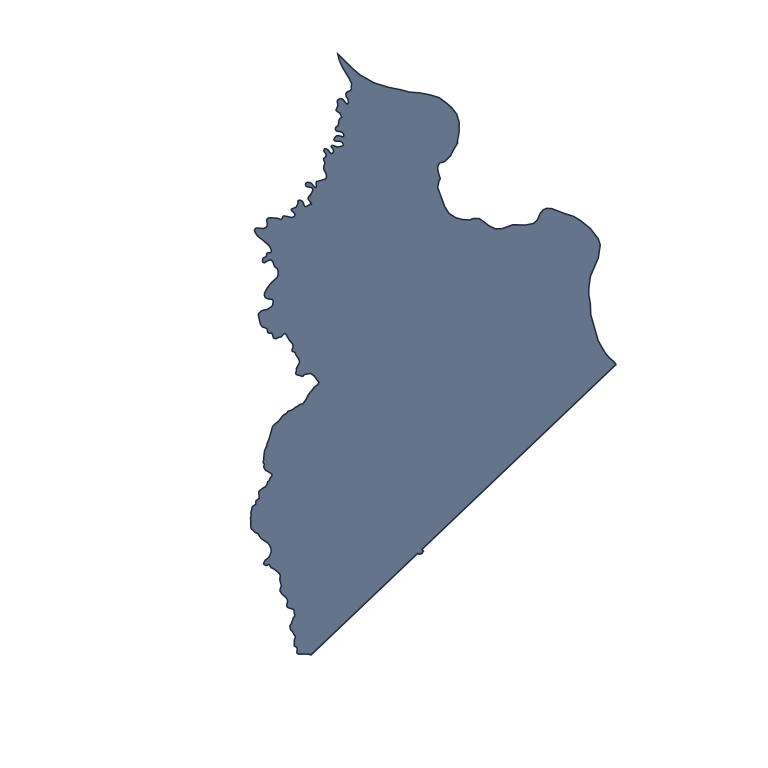 the district of Puerto Triunfo, Antioquia, Colombia, rotated 298°
{"feature_id": "7082276B75593797021396", "entity_name": "Puerto Triunfo", "entity_type": "district", "adm_level": 2, "iso_a3": "COL", "parent_name": "Colombia", "parent_adm1": "Antioquia", "projection": "albers", "projection_center": [-74.698, 5.958], "detail": "fine", "context": "isolated", "style": "filled", "palette": "slate", "viewbox_px": 768, "rotation_deg": 298, "n_neighbors": 0, "source": "geoboundaries", "source_scale": "gbopen_adm2", "svg_char_len": 6171}
<svg xmlns="http://www.w3.org/2000/svg" viewBox="0 0 768 768"><g transform="rotate(298 384 384)"><path d="M510.1,579.7L511.1,577.8L512.2,574.3L512.8,571.1L514.9,565.5L518.9,558.8L523.0,552.6L542.3,534.0L551.8,528.5L559.0,522.9L565.1,519.7L573.5,516.6L576.2,515.7L596.1,514.0L608.4,509.6L612.8,505.0L618.2,493.1L620.6,480.5L621.0,472.7L619.2,462.9L617.6,449.7L615.5,445.2L612.5,442.8L608.4,441.8L600.6,442.4L595.9,440.6L590.8,434.3L585.2,423.1L576.6,415.3L573.3,409.4L573.0,402.1L574.1,396.4L574.8,390.4L572.0,385.0L568.9,382.5L566.1,376.1L564.5,369.2L565.2,361.2L569.0,354.5L582.8,339.1L588.9,337.3L591.6,337.4L596.4,332.6L599.1,330.5L601.1,329.5L603.1,329.2L605.3,329.5L605.8,329.7L607.2,331.6L608.9,333.1L617.0,335.8L619.1,335.4L624.5,335.5L631.5,335.9L631.5,335.3L641.8,332.0L650.4,327.5L656.4,321.5L659.8,314.1L661.5,306.5L662.7,298.1L660.9,288.9L657.8,278.9L653.6,269.2L651.8,261.1L648.0,248.4L645.2,233.7L645.7,217.2L647.6,208.9L653.7,188.3L650.3,191.1L647.4,194.2L643.5,199.5L637.2,210.2L635.4,212.4L634.9,213.6L633.9,214.4L630.5,215.8L629.5,216.6L628.5,216.7L626.9,216.4L625.0,214.6L624.2,214.3L622.7,214.0L621.9,214.3L620.0,215.6L618.7,218.2L617.9,218.9L615.9,220.4L614.6,220.6L614.1,220.3L614.0,219.5L614.2,218.4L615.9,214.7L616.1,213.6L615.9,212.0L615.4,211.4L613.4,209.9L612.0,209.8L611.2,210.2L610.0,211.3L607.9,212.6L603.7,212.9L603.1,213.2L602.6,214.7L602.4,217.8L599.9,221.2L599.5,221.4L598.1,220.6L595.9,220.3L591.3,222.1L590.6,222.1L587.9,220.9L586.6,221.1L586.0,221.6L585.3,222.5L585.1,223.8L585.4,224.9L586.4,226.8L586.5,229.0L585.8,230.9L584.6,231.9L583.6,232.0L582.8,231.4L582.1,227.5L581.1,225.9L580.0,225.2L579.0,225.0L577.0,224.9L576.1,225.2L575.6,225.9L575.8,227.8L577.6,231.0L577.8,233.1L577.7,233.7L577.0,234.9L575.9,235.8L575.4,235.9L574.6,235.5L573.9,234.8L571.3,231.5L570.8,227.1L570.6,226.5L569.9,225.9L569.0,225.7L568.7,226.0L567.3,228.9L566.6,229.7L565.1,230.3L563.9,230.3L563.1,229.9L562.8,229.0L563.1,227.7L564.4,224.4L564.6,223.1L564.0,221.2L563.1,221.0L561.7,221.4L561.2,221.8L560.3,224.1L558.9,225.5L557.6,225.8L554.8,224.9L553.9,225.1L551.9,227.6L550.7,228.2L547.5,228.8L546.3,229.3L545.2,230.2L542.1,234.5L540.0,235.9L538.1,236.2L537.5,236.0L533.4,232.0L531.3,229.5L530.1,229.4L526.5,231.6L525.9,231.8L525.4,231.6L525.4,229.7L527.0,226.2L527.1,224.9L526.7,222.7L526.1,221.7L525.6,221.1L524.4,220.7L522.8,221.3L522.0,222.4L522.1,223.7L523.2,227.3L523.2,228.7L522.8,229.4L521.4,230.2L518.4,230.4L515.2,230.2L515.3,229.8L513.5,229.6L512.5,229.7L511.6,230.3L510.0,233.7L508.7,234.5L509.4,234.9L508.8,235.5L506.3,233.3L504.2,232.1L503.6,230.9L504.1,229.7L506.3,227.5L507.1,225.9L507.1,224.3L506.7,223.3L506.1,222.4L505.4,222.1L504.6,222.3L503.3,223.1L502.3,223.4L499.3,223.4L498.5,223.1L495.3,220.4L494.3,220.2L493.6,221.2L492.8,224.5L492.2,225.7L490.9,226.2L490.0,226.0L488.8,225.5L487.6,224.2L486.5,219.9L485.3,216.5L484.6,216.1L482.3,216.4L480.8,216.0L480.4,212.4L480.1,211.5L477.4,205.4L476.4,204.0L475.1,203.4L473.7,203.4L470.7,205.7L469.0,206.5L468.1,206.5L466.8,206.1L465.0,204.9L464.3,203.9L462.9,200.1L461.8,198.0L460.5,197.3L458.8,197.5L458.0,198.2L457.3,199.1L455.4,202.5L454.5,206.8L454.2,209.4L453.5,211.8L452.8,215.4L451.9,218.1L450.6,220.1L448.9,221.9L448.0,222.3L447.1,222.2L446.4,221.9L445.6,220.1L444.9,219.4L443.6,219.3L442.4,220.0L441.1,220.1L438.5,218.2L437.1,218.2L436.4,218.5L435.4,219.0L434.6,219.9L434.8,221.3L435.4,222.0L437.3,222.9L439.4,224.4L440.1,225.1L440.5,226.3L440.4,227.0L439.7,228.4L436.7,231.8L436.0,233.3L435.8,235.6L434.7,237.0L433.7,237.7L430.2,239.4L427.9,239.6L421.8,237.4L417.7,236.4L413.4,235.8L408.2,235.8L406.1,236.7L405.0,238.0L404.7,238.7L404.5,239.4L404.6,241.4L406.1,245.5L405.7,246.9L404.5,247.5L401.6,248.5L400.2,248.5L399.4,248.2L396.2,246.6L394.9,245.7L392.4,242.7L390.8,241.3L387.5,240.3L385.9,240.6L378.8,246.8L377.4,249.4L377.3,250.2L377.9,253.4L377.7,254.8L376.8,255.7L375.3,256.6L374.8,257.6L374.8,258.8L376.0,260.4L376.1,261.2L374.6,263.0L373.3,264.1L372.9,264.7L372.7,265.7L372.8,266.4L373.6,267.7L375.8,269.2L377.4,271.2L380.9,271.9L382.0,272.9L382.1,273.7L378.4,279.5L376.3,284.7L374.0,286.3L370.8,286.8L369.8,287.6L369.7,288.0L370.2,289.7L370.1,290.4L368.1,293.0L366.3,296.5L365.0,298.2L364.4,298.7L362.5,299.4L356.4,299.3L354.8,300.4L352.4,300.8L351.3,301.7L351.2,302.3L352.4,308.4L353.1,308.9L355.0,309.3L358.9,314.2L358.2,318.9L356.0,323.1L355.2,325.5L353.4,325.8L352.2,325.6L348.1,323.8L345.5,323.6L342.6,322.8L339.4,322.3L337.9,322.2L334.0,322.4L329.0,321.8L328.3,321.5L326.7,319.6L325.7,319.0L323.9,318.2L321.4,316.5L319.3,315.8L317.2,314.4L314.9,312.0L312.4,311.7L308.9,309.6L302.1,308.5L296.9,306.3L293.8,305.6L281.5,308.3L277.0,308.7L274.2,309.4L268.8,309.9L264.4,311.6L261.3,313.0L257.8,314.2L257.2,315.8L256.8,316.2L254.5,316.5L253.1,318.2L252.2,320.0L252.2,323.4L251.8,327.1L250.9,328.0L250.3,328.2L247.9,327.6L244.2,327.9L243.0,327.1L241.0,327.8L237.5,327.5L235.8,326.2L231.1,324.1L230.3,324.1L228.7,324.8L224.8,327.4L223.4,327.1L220.9,325.8L219.8,326.0L218.3,327.0L217.4,327.1L214.7,325.6L213.5,325.3L211.0,326.2L209.1,326.4L207.7,327.0L205.6,328.3L203.1,329.0L200.9,330.4L195.7,333.2L194.0,334.6L193.6,335.3L193.3,337.3L192.4,339.7L192.7,342.9L190.6,346.4L189.8,348.7L189.0,356.2L188.1,358.3L186.1,361.0L182.9,363.2L178.9,363.7L177.0,363.7L175.8,363.4L172.6,361.8L168.8,362.0L168.5,362.2L168.2,364.3L168.4,365.2L169.1,366.0L170.3,366.5L170.6,367.4L168.8,370.7L169.0,374.1L167.4,381.0L166.0,382.5L163.3,383.4L161.1,384.8L157.8,388.0L153.5,388.8L152.4,389.3L150.6,392.6L149.5,397.4L148.3,399.8L146.4,401.1L143.0,401.8L141.8,403.0L141.5,404.1L141.6,405.5L142.5,409.6L142.3,410.5L139.5,412.4L138.2,413.6L137.0,414.1L134.7,413.6L132.3,414.2L128.8,414.7L126.4,414.4L125.8,414.6L123.6,416.4L122.8,417.8L122.3,419.7L120.7,421.8L119.7,424.0L118.5,424.7L115.4,425.1L114.2,426.0L111.0,427.4L110.5,428.0L110.6,429.6L110.1,431.2L108.9,432.0L106.2,432.9L105.4,433.9L105.3,435.3L109.7,443.4L110.3,445.5L110.5,446.8L250.3,493.3L250.3,494.0L250.0,494.0L250.1,494.9L250.5,494.8L251.0,496.1L251.4,496.5L252.6,496.8L252.5,497.1L252.9,497.2L253.0,497.0L253.7,497.1L254.0,496.9L254.9,497.3L255.9,495.2L510.1,579.7Z" fill="#64748b" stroke="#1e293b" stroke-width="1.5"/></g></svg>